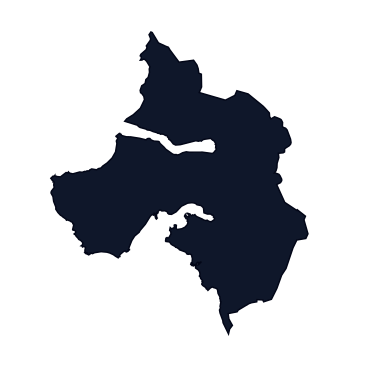 Vanylven nor, Møre og Romsdal, Norway (orthographic projection), rotated 306°
{"feature_id": "86288312B81426606335863", "entity_name": "Vanylven nor", "entity_type": "district", "adm_level": 2, "iso_a3": "NOR", "parent_name": "Norway", "parent_adm1": "Møre og Romsdal", "projection": "orthographic", "projection_center": [5.551, 62.082], "detail": "fine", "context": "isolated", "style": "filled", "palette": "ink", "viewbox_px": 384, "rotation_deg": 306, "n_neighbors": 0, "source": "geoboundaries", "source_scale": "gbopen_adm2", "svg_char_len": 6019}
<svg xmlns="http://www.w3.org/2000/svg" viewBox="0 0 384 384"><g transform="rotate(306 192 192)"><path d="M98.7,304.9L103.2,303.0L107.8,303.1L110.9,296.5L114.9,292.7L121.6,298.9L123.7,298.8L135.2,303.7L137.5,305.3L141.2,308.9L143.1,307.8L146.3,312.7L145.3,314.5L151.9,319.3L163.9,317.3L177.4,313.4L185.4,313.0L206.2,306.5L214.8,305.0L221.3,311.4L226.3,310.4L235.3,298.9L239.1,298.0L239.5,287.6L238.7,287.7L238.1,273.1L247.8,256.1L251.6,258.1L253.9,257.9L255.1,257.0L256.9,253.6L257.4,251.8L256.5,248.8L255.7,247.4L258.5,247.5L261.6,246.4L265.2,244.0L270.9,242.0L274.1,239.1L277.3,242.7L278.8,243.3L281.5,241.5L286.7,243.5L288.8,243.6L290.3,243.0L292.7,240.6L298.1,232.4L298.6,230.2L297.8,227.5L298.6,226.3L301.5,224.4L302.8,221.9L302.9,220.9L302.6,219.2L301.4,214.6L297.5,212.9L298.6,210.5L301.4,208.1L302.8,201.5L303.2,199.1L304.3,179.7L300.3,168.8L295.3,169.9L285.9,165.0L276.7,139.4L282.6,138.0L292.8,130.3L292.1,127.7L295.4,124.5L297.6,121.4L299.4,116.2L299.5,115.8L299.0,115.3L289.4,105.2L294.0,90.5L295.2,87.8L294.5,85.3L292.9,77.2L297.6,66.1L297.3,64.7L294.0,64.8L291.8,68.3L290.3,69.1L283.3,69.2L282.7,70.5L280.3,71.3L273.4,69.7L271.7,70.1L271.8,71.3L270.1,72.5L268.3,72.7L269.4,74.0L270.9,74.6L271.5,75.9L271.1,78.5L268.6,84.4L266.4,85.1L263.8,87.3L258.9,89.2L255.9,88.6L252.2,90.3L248.4,88.9L243.8,90.3L242.1,92.1L242.3,93.1L241.1,96.8L238.7,99.3L229.3,101.0L220.0,99.1L212.8,96.2L209.7,96.0L214.0,108.7L213.6,110.0L213.7,112.0L215.8,117.6L215.9,119.3L217.3,121.8L218.0,125.0L219.3,128.5L219.4,129.8L220.2,131.1L220.3,132.7L221.3,133.6L222.1,135.7L222.1,137.3L222.7,138.0L222.7,139.2L222.1,139.9L222.0,141.3L221.1,142.1L221.1,144.4L219.9,148.6L220.4,151.2L223.5,154.8L235.7,164.9L236.9,167.4L238.4,168.6L238.6,169.6L240.7,170.1L242.1,171.2L246.4,175.6L246.1,178.3L246.4,179.3L245.3,182.5L244.2,182.8L244.2,183.7L241.5,185.2L241.6,186.1L240.9,186.6L236.2,186.4L235.0,185.6L230.4,177.1L222.7,166.6L221.1,163.7L218.2,161.3L214.7,159.6L213.1,158.1L213.0,157.1L212.1,156.2L211.3,154.3L211.2,145.6L211.8,143.1L212.5,137.5L213.3,136.0L213.1,134.9L210.8,131.3L210.1,128.5L210.5,126.5L210.1,125.7L208.9,124.5L207.2,124.2L204.7,118.1L200.6,110.1L198.0,106.3L196.4,102.0L196.9,100.7L196.5,100.5L197.0,99.2L196.7,98.8L192.4,97.7L192.1,98.6L192.6,99.6L191.7,100.4L188.8,100.8L187.0,102.8L179.5,106.6L172.6,107.4L165.6,106.3L160.7,104.6L157.8,104.2L155.9,102.5L153.9,101.8L151.7,97.3L149.7,96.3L148.7,96.4L147.2,94.5L146.3,94.2L145.5,93.0L143.4,91.6L142.2,89.4L136.6,84.9L135.3,81.8L135.6,80.2L134.5,80.4L133.7,78.7L126.9,76.7L124.9,73.3L124.7,72.8L124.9,72.6L124.3,71.7L124.8,71.3L124.1,71.3L122.5,70.4L122.7,70.2L119.5,69.6L120.3,70.1L120.0,70.2L120.1,70.6L119.4,71.7L119.1,73.5L118.7,73.7L119.0,73.9L118.9,74.6L116.3,76.1L114.7,77.9L110.3,77.8L109.0,78.1L108.1,78.9L106.6,82.2L103.0,85.7L99.8,90.7L98.0,92.0L96.6,95.7L95.9,99.3L96.1,100.5L95.9,102.1L96.0,105.7L95.4,107.0L96.2,107.6L97.0,110.7L96.9,111.8L97.2,112.4L97.0,113.5L96.3,114.3L96.6,114.6L96.5,115.4L91.5,117.5L91.2,118.3L91.9,119.0L92.0,120.0L91.4,121.4L90.5,121.9L89.1,121.2L88.6,121.6L88.9,122.9L88.1,124.3L87.7,126.7L87.1,128.3L87.4,130.5L86.9,133.2L86.5,133.8L84.5,134.4L83.3,134.0L83.9,135.5L83.4,135.8L84.0,136.1L84.6,137.4L84.5,138.5L81.9,139.6L81.0,140.9L80.9,140.5L80.1,140.5L79.7,142.1L80.0,143.1L81.0,142.6L81.3,143.1L81.1,143.6L80.2,143.5L80.4,145.3L81.4,145.9L82.7,145.6L82.8,146.3L83.3,146.4L83.7,147.8L85.6,148.8L90.3,153.5L93.3,158.5L94.3,161.2L95.1,165.3L95.1,168.3L95.4,169.1L95.2,169.6L95.4,171.0L96.6,171.0L97.4,171.6L98.0,170.8L99.3,170.6L103.5,171.6L104.9,172.4L105.1,173.2L104.8,173.9L105.2,174.4L106.8,175.1L107.7,174.4L108.0,174.6L107.8,175.1L108.4,175.4L108.7,175.2L108.4,174.7L109.0,174.1L110.7,173.5L117.4,171.8L122.7,171.5L128.4,172.9L130.3,172.6L138.5,173.2L147.7,172.5L150.0,172.8L150.7,173.5L150.5,174.3L150.7,174.5L152.4,173.7L152.8,174.2L151.9,175.2L152.3,175.4L150.6,176.5L150.1,177.1L150.3,177.9L149.8,178.6L149.3,178.4L149.2,179.1L150.5,179.2L150.6,178.6L152.1,177.1L153.9,176.1L154.3,176.4L154.6,176.0L154.9,176.7L155.4,176.6L155.3,175.9L158.3,176.3L159.0,177.4L158.8,178.2L159.0,178.8L161.0,181.2L161.4,184.1L160.6,184.8L160.5,186.3L161.9,188.6L166.6,190.8L174.3,191.8L180.4,195.0L183.3,198.2L184.5,200.5L184.8,202.2L184.6,203.5L186.3,207.2L186.3,207.9L186.0,210.1L185.5,211.0L182.2,213.9L183.2,217.4L185.1,220.0L185.1,221.9L185.6,222.6L185.2,223.6L184.3,224.0L184.2,225.6L182.5,226.2L179.1,225.0L178.2,222.8L178.1,220.8L177.0,220.0L176.2,217.8L176.2,216.4L174.9,210.4L175.0,208.8L175.4,207.6L174.1,206.9L173.8,205.9L172.6,205.7L172.5,204.8L173.0,203.5L172.2,200.9L172.0,200.7L171.7,202.6L171.0,203.6L170.3,204.3L169.8,203.8L170.0,203.7L169.3,202.3L169.4,200.6L170.9,199.6L168.1,200.1L166.9,202.9L167.3,204.2L167.0,204.9L165.6,205.1L165.6,206.3L162.9,207.4L159.4,207.0L156.2,205.3L153.2,202.3L152.9,201.3L153.2,200.6L155.9,198.9L155.8,198.1L155.0,197.1L154.1,197.5L153.1,199.0L151.7,199.0L151.5,198.6L151.9,198.0L149.9,197.2L150.3,196.4L150.4,195.3L147.8,196.5L147.5,198.1L145.6,199.7L141.3,200.1L140.5,199.4L140.5,198.6L139.3,198.1L136.8,199.4L136.6,199.9L138.4,203.2L137.5,205.9L137.6,207.6L138.0,210.1L137.7,211.3L138.2,212.5L138.2,215.0L137.9,215.8L139.7,222.2L138.9,224.4L139.4,225.6L140.5,226.7L140.9,228.4L138.3,231.5L134.8,233.6L134.3,233.0L132.7,233.5L132.5,235.1L133.3,235.4L133.5,234.3L134.3,234.6L134.1,234.9L134.4,236.1L134.1,236.8L132.3,236.1L134.3,237.3L134.8,236.9L135.6,237.6L138.0,237.8L137.7,239.2L138.2,239.1L138.2,237.9L138.6,238.1L139.1,239.5L141.4,240.7L137.2,240.2L135.5,238.5L133.9,238.6L132.6,239.6L132.7,242.9L131.9,245.0L130.2,246.9L128.3,247.4L128.2,248.6L127.1,250.0L126.4,252.8L125.6,252.7L125.5,253.8L124.2,253.6L123.1,254.2L122.7,255.6L122.8,259.3L122.6,260.3L122.1,260.3L122.1,261.7L121.8,262.7L125.3,263.3L127.2,264.3L127.5,266.3L127.9,266.8L128.2,268.1L128.2,269.8L125.2,272.8L123.5,276.3L122.0,277.3L121.7,278.1L120.2,279.3L120.2,279.9L116.0,281.9L114.9,283.2L112.7,283.6L110.6,285.8L106.2,292.4L104.5,294.0L98.7,304.9Z" fill="#0f172a" stroke="#020617" stroke-width="1.5"/></g></svg>